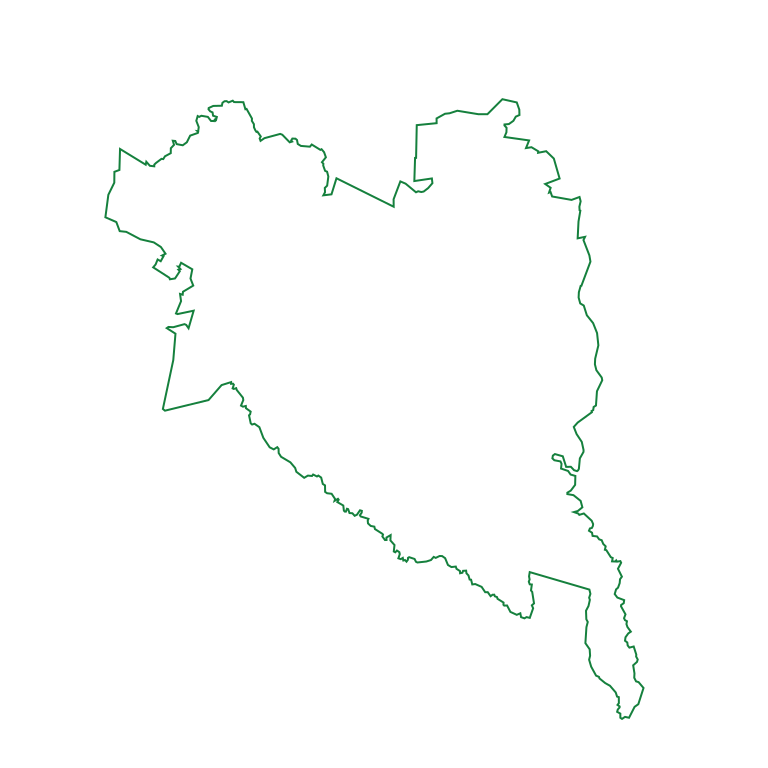 Aculco, México, Mexico, rotated 188°
{"feature_id": "50627088B12857045520905", "entity_name": "Aculco", "entity_type": "district", "adm_level": 2, "iso_a3": "MEX", "parent_name": "Mexico", "parent_adm1": "México", "projection": "robinson", "projection_center": [-99.832, 20.136], "detail": "fine", "context": "isolated", "style": "outline", "palette": "green", "viewbox_px": 768, "rotation_deg": 188, "n_neighbors": 0, "source": "geoboundaries", "source_scale": "gbopen_adm2", "svg_char_len": 6129}
<svg xmlns="http://www.w3.org/2000/svg" viewBox="0 0 768 768"><g transform="rotate(188 384 384)"><path d="M583.1,640.0L583.3,637.0L591.8,635.6L596.0,632.9L596.0,631.6L594.0,629.8L591.6,629.1L590.6,625.9L586.7,625.2L587.1,621.7L587.7,621.1L588.3,622.2L589.2,620.7L591.9,620.4L595.6,624.0L602.2,624.2L604.2,622.8L605.8,623.4L606.5,618.5L603.2,612.6L603.2,608.4L603.9,608.4L603.1,607.8L603.3,606.7L610.5,603.0L612.9,595.9L616.5,592.4L622.7,592.7L624.5,595.6L627.0,595.5L625.2,591.6L627.9,587.8L627.3,582.9L632.6,579.0L633.9,576.0L635.7,576.0L640.5,571.2L642.0,569.3L641.8,567.6L646.2,567.5L650.3,571.0L650.5,568.0L678.1,580.0L675.8,559.1L680.5,556.6L679.1,545.8L683.3,533.0L683.1,510.3L671.6,507.1L667.0,498.6L660.4,498.8L645.4,493.4L631.7,492.2L624.0,488.6L618.5,482.6L621.7,480.3L620.1,479.9L622.2,474.5L625.5,475.8L626.8,470.6L628.8,467.4L611.3,459.3L610.6,457.9L605.7,459.4L605.0,460.7L601.9,467.3L603.5,468.6L601.6,469.5L604.2,471.6L603.0,471.7L601.8,475.8L589.8,470.9L590.3,461.5L586.6,454.9L595.9,447.4L595.8,444.4L598.5,444.8L596.5,437.8L599.8,424.9L598.2,424.5L582.7,430.1L585.3,412.0L588.1,415.0L589.9,415.5L600.6,410.9L605.4,410.5L606.9,409.1L597.5,404.8L596.0,378.4L599.5,328.5L597.2,327.1L555.5,343.7L544.7,360.3L535.7,364.6L535.5,362.9L533.6,363.3L532.6,362.4L533.3,358.6L532.1,358.2L529.8,359.3L529.0,357.6L521.8,350.8L521.1,348.5L522.6,342.7L520.5,341.9L517.8,343.0L517.3,340.8L512.2,338.1L512.4,335.3L513.3,334.2L510.5,326.5L509.0,325.5L506.7,326.6L501.4,323.9L496.0,313.9L488.4,305.4L484.1,303.9L480.9,306.6L479.4,305.2L478.7,301.0L475.8,297.6L465.8,293.4L460.3,288.5L458.6,284.9L450.0,280.0L446.6,282.7L442.5,282.9L441.6,284.5L437.5,283.1L436.3,284.2L433.2,282.6L430.7,276.5L428.3,275.4L427.3,269.0L425.2,267.9L420.6,268.0L416.4,263.3L416.7,261.4L413.6,263.9L412.8,263.1L413.8,260.6L407.4,258.0L406.1,253.0L405.1,252.2L404.0,252.3L403.3,255.3L402.1,255.1L400.2,251.4L397.3,251.6L394.7,249.4L392.6,250.8L390.2,255.6L388.3,255.3L388.2,253.5L389.6,250.7L388.7,249.6L380.6,248.3L381.1,246.3L380.4,243.7L377.4,241.6L373.7,241.4L372.8,239.1L364.7,235.4L364.0,234.7L364.4,232.8L361.3,229.6L359.8,229.9L360.2,232.3L356.4,235.3L355.9,230.0L351.2,226.0L351.0,219.5L349.4,218.9L348.0,220.9L345.4,219.6L344.7,217.7L345.5,213.4L343.0,212.9L341.2,214.4L340.3,211.9L338.7,212.6L337.0,211.2L335.9,213.2L336.0,215.2L335.0,216.0L329.4,215.0L327.6,212.4L326.1,211.9L317.4,214.1L313.0,216.2L310.7,219.7L308.6,219.0L305.0,221.4L302.5,221.7L299.2,220.0L295.5,213.7L291.8,212.1L287.5,213.2L286.5,211.1L282.7,209.3L282.3,207.2L280.1,208.0L279.7,210.0L276.7,210.6L276.0,208.0L273.7,206.2L272.0,202.3L270.5,202.3L268.7,197.8L265.8,198.6L259.1,196.7L254.8,191.9L252.3,192.3L248.9,188.7L247.2,190.4L245.5,190.7L244.7,189.2L242.4,188.7L241.7,187.1L235.2,184.2L235.0,182.0L234.1,181.3L231.3,181.8L227.1,175.9L220.4,173.9L217.1,175.9L215.8,172.2L212.3,171.5L210.4,173.0L207.1,172.7L205.1,182.7L206.8,185.4L204.9,187.6L208.3,198.7L209.7,200.0L209.7,206.0L211.8,205.9L213.1,208.4L212.6,210.7L213.6,213.7L213.5,218.0L152.0,209.0L150.4,204.9L151.1,200.9L150.1,198.9L150.6,192.6L152.4,187.6L150.9,179.2L149.1,176.7L149.7,171.4L148.5,155.4L143.4,149.9L142.1,143.6L142.5,139.5L139.5,132.9L133.4,124.7L130.4,123.9L129.6,122.4L123.3,118.6L118.2,116.6L111.6,110.8L109.7,106.9L107.9,106.6L107.0,100.7L108.1,98.7L105.8,97.5L105.7,96.5L107.2,94.2L107.5,91.8L104.1,90.5L103.5,86.4L101.7,85.5L99.0,87.9L94.9,87.6L90.9,99.2L87.6,102.3L84.7,119.1L90.4,124.2L93.0,124.6L95.3,127.9L95.7,132.3L98.1,140.1L94.8,144.0L94.4,146.5L96.4,149.2L96.5,151.1L100.2,158.8L104.3,157.1L106.3,159.0L107.1,161.9L109.6,163.3L109.6,166.8L107.4,171.0L105.1,173.1L109.1,177.2L110.5,180.0L110.4,182.9L112.5,183.7L113.7,185.5L112.8,189.5L118.4,196.9L118.4,198.2L116.1,200.3L116.1,203.4L123.2,205.0L126.3,208.1L125.6,212.9L123.9,214.9L122.9,219.6L123.1,223.5L121.6,226.3L126.6,233.6L124.3,240.0L125.3,241.5L128.6,240.5L129.5,241.6L130.2,240.4L133.5,240.1L133.3,243.5L135.3,244.1L140.7,250.4L142.2,250.6L141.9,254.1L144.6,256.1L146.7,259.6L149.3,260.1L151.8,262.7L156.3,262.6L157.3,265.7L160.6,267.2L160.0,269.6L158.1,270.4L157.4,272.5L157.4,274.4L159.3,277.5L168.1,283.6L172.4,281.6L173.5,282.7L178.1,283.6L174.4,285.2L170.4,289.5L173.0,295.6L180.9,300.3L187.1,300.5L187.3,301.9L184.2,304.4L180.7,310.7L181.7,319.6L186.6,320.3L189.6,323.5L196.9,324.9L197.1,329.7L198.5,331.9L204.7,332.2L206.9,333.8L206.8,336.6L205.0,338.4L196.9,337.3L192.1,327.3L187.4,328.0L183.8,325.1L180.7,324.6L179.8,325.5L179.2,327.1L179.7,337.6L177.0,344.5L177.2,346.4L180.1,354.2L186.3,361.2L190.1,367.9L186.8,372.8L174.2,385.0L174.7,386.1L173.2,387.3L173.2,390.4L171.1,392.2L172.1,406.5L168.4,418.1L169.3,420.7L175.6,427.2L177.9,432.9L178.4,438.5L177.1,452.1L180.1,464.1L185.4,473.4L192.7,480.3L197.1,489.5L200.9,491.1L203.3,496.7L203.8,502.0L202.9,508.5L202.2,508.7L196.6,533.9L198.5,539.9L206.5,554.3L205.4,557.7L212.5,555.2L214.0,572.0L213.7,583.0L214.5,583.3L215.2,586.8L214.7,592.3L216.4,596.4L223.9,592.4L243.6,593.1L245.8,597.3L247.2,596.5L246.3,601.5L252.2,604.5L238.7,611.9L247.2,630.9L255.8,637.1L263.6,634.4L263.6,635.9L270.9,639.0L276.2,637.4L274.2,645.4L299.1,645.4L297.8,650.3L298.3,654.8L300.7,656.8L300.8,657.8L296.5,658.8L292.5,662.6L290.7,667.1L287.3,669.2L288.2,674.5L291.7,681.3L306.4,682.5L319.1,665.6L327.9,664.3L349.4,664.8L356.8,661.2L361.2,660.1L368.9,654.3L368.2,649.6L387.6,644.9L383.7,612.4L384.7,612.2L382.2,589.2L365.2,594.2L364.0,589.6L367.5,584.2L371.5,580.1L373.8,579.3L377.0,579.6L379.0,578.3L390.5,585.4L396.0,586.9L400.2,568.3L399.1,560.9L459.7,581.1L462.4,564.5L470.3,562.4L469.1,565.7L469.9,569.9L467.9,572.5L468.0,581.7L469.9,586.3L472.0,586.9L474.6,591.9L474.7,593.7L476.3,595.0L473.1,600.4L475.6,605.2L478.5,607.8L479.6,607.0L488.9,611.1L490.4,608.7L499.4,608.2L502.8,609.7L504.1,613.5L505.8,614.6L508.9,614.3L509.8,612.3L508.7,611.3L511.0,610.2L519.4,616.7L521.6,617.2L536.6,610.8L540.1,607.6L541.3,609.8L540.5,612.0L544.5,616.3L545.4,615.9L546.7,617.3L548.5,620.1L549.0,623.2L551.5,626.2L551.7,628.5L558.4,637.3L559.5,636.8L562.5,643.5L571.7,642.3L573.2,643.5L577.1,641.2L579.2,642.2L581.3,641.8L583.1,640.0Z" fill="none" stroke="#15803d" stroke-width="2"/></g></svg>